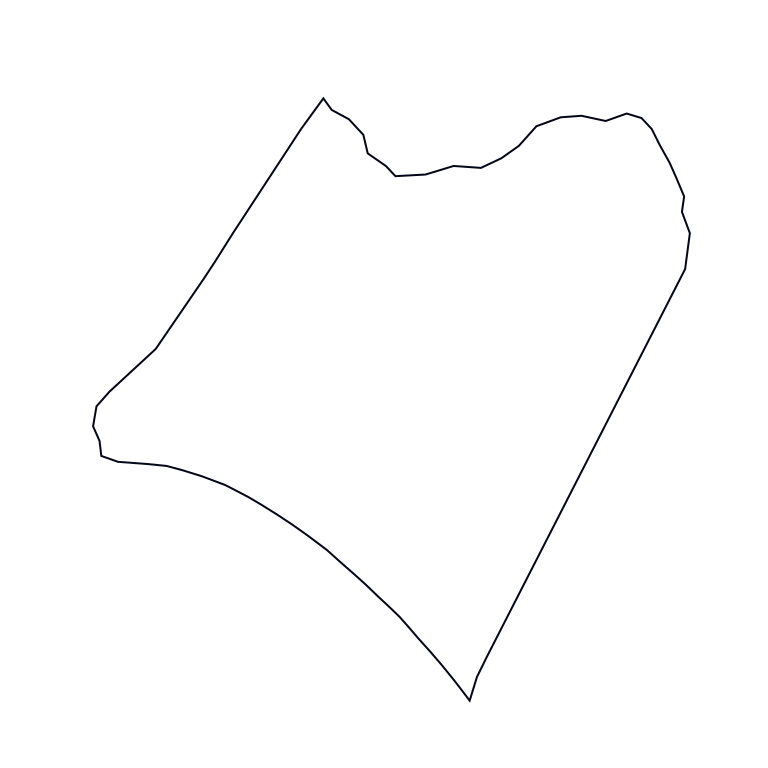 Feliz Deserto, Alagoas, Brazil (Robinson projection), rotated 98°
{"feature_id": "56859067B26079744538981", "entity_name": "Feliz Deserto", "entity_type": "district", "adm_level": 2, "iso_a3": "BRA", "parent_name": "Brazil", "parent_adm1": "Alagoas", "projection": "robinson", "projection_center": [-36.335, -10.29], "detail": "fine", "context": "isolated", "style": "outline", "palette": "ink", "viewbox_px": 768, "rotation_deg": 98, "n_neighbors": 0, "source": "geoboundaries", "source_scale": "gbopen_adm2", "svg_char_len": 915}
<svg xmlns="http://www.w3.org/2000/svg" viewBox="0 0 768 768"><g transform="rotate(98 384 384)"><path d="M192.1,102.1L172.1,112.9L156.5,112.9L138.9,123.4L125.4,131.8L109.1,144.1L94.3,154.3L84.8,166.0L82.4,181.3L92.7,201.1L90.9,225.7L95.3,246.1L107.5,268.9L129.4,283.6L144.1,299.2L156.5,318.1L158.4,345.4L170.8,372.1L176.6,401.6L167.9,412.4L157.9,432.2L140.2,439.1L126.7,455.6L119.9,473.9L109.6,483.8L142.8,501.5L255.7,554.6L287.1,568.7L304.8,577.1L381.0,614.9L429.8,654.8L446.1,665.6L466.4,666.2L479.9,657.8L494.6,653.9L498.1,636.5L496.2,607.7L495.4,587.9L497.5,571.1L500.7,551.6L506.2,527.0L514.9,502.4L521.3,487.1L528.7,470.6L536.0,455.3L545.0,437.9L556.3,417.5L566.6,402.2L577.2,386.0L585.4,373.9L595.6,359.8L604.6,346.9L612.5,336.1L621.2,325.9L631.5,314.2L642.3,301.3L653.9,288.1L668.7,272.2L685.6,255.1L661.3,251.2L640.2,244.3L228.3,101.8L192.1,102.1Z" fill="none" stroke="#020617" stroke-width="2"/></g></svg>